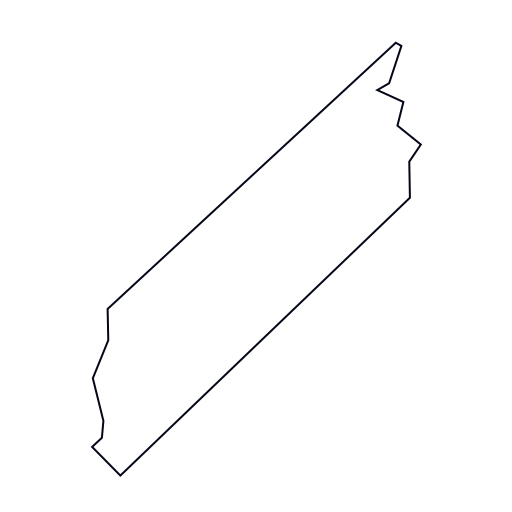 the district of Morris, Texas, United States of America, rotated 46°
{"feature_id": "52423323B98583115824614", "entity_name": "Morris", "entity_type": "district", "adm_level": 2, "iso_a3": "USA", "parent_name": "United States of America", "parent_adm1": "Texas", "projection": "equal_earth", "projection_center": [-94.745, 33.122], "detail": "fine", "context": "isolated", "style": "outline", "palette": "ink", "viewbox_px": 512, "rotation_deg": 46, "n_neighbors": 0, "source": "geoboundaries", "source_scale": "gbopen_adm2", "svg_char_len": 359}
<svg xmlns="http://www.w3.org/2000/svg" viewBox="0 0 512 512"><g transform="rotate(46 256 256)"><path d="M191.0,399.5L214.0,420.8L230.6,458.3L268.6,480.3L279.7,493.1L279.5,506.5L319.7,506.1L321.0,104.8L294.6,80.2L290.3,60.0L260.5,63.7L247.6,43.0L220.9,53.5L224.2,40.2L205.9,5.5L199.7,7.3L191.0,399.5Z" fill="none" stroke="#020617" stroke-width="2"/></g></svg>